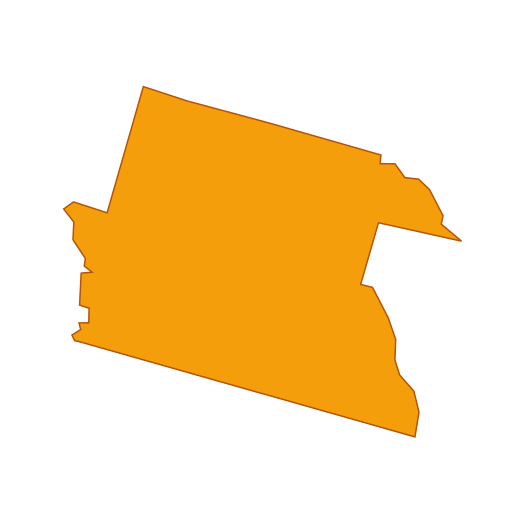 outline of Dallas, Arkansas, United States of America, rotated 14°
{"feature_id": "52423323B82335716857681", "entity_name": "Dallas", "entity_type": "district", "adm_level": 2, "iso_a3": "USA", "parent_name": "United States of America", "parent_adm1": "Arkansas", "projection": "albers", "projection_center": [-92.654, 33.975], "detail": "fine", "context": "isolated", "style": "filled", "palette": "amber", "viewbox_px": 512, "rotation_deg": 14, "n_neighbors": 0, "source": "geoboundaries", "source_scale": "gbopen_adm2", "svg_char_len": 689}
<svg xmlns="http://www.w3.org/2000/svg" viewBox="0 0 512 512"><g transform="rotate(14 256 256)"><path d="M236.6,123.8L151.2,122.2L105.7,118.9L104.2,162.7L101.1,250.1L65.8,247.7L58.0,256.9L71.0,267.1L74.5,284.5L91.0,299.7L91.8,307.3L100.9,311.4L90.5,314.9L96.7,346.3L106.7,347.1L109.9,361.3L100.5,363.7L103.7,369.8L96.5,377.2L100.5,382.0L105.5,381.9L295.1,388.0L296.7,388.0L454.0,393.1L451.9,368.0L441.9,349.0L424.2,336.7L416.0,323.5L411.7,303.1L399.4,284.2L376.7,258.3L364.4,258.3L366.8,194.1L451.8,191.9L428.1,180.3L427.7,171.6L415.6,157.9L408.3,149.6L395.2,142.1L381.5,143.9L368.5,132.9L354.1,136.4L352.8,127.8L236.6,123.8Z" fill="#f59e0b" stroke="#b45309" stroke-width="1.5"/></g></svg>